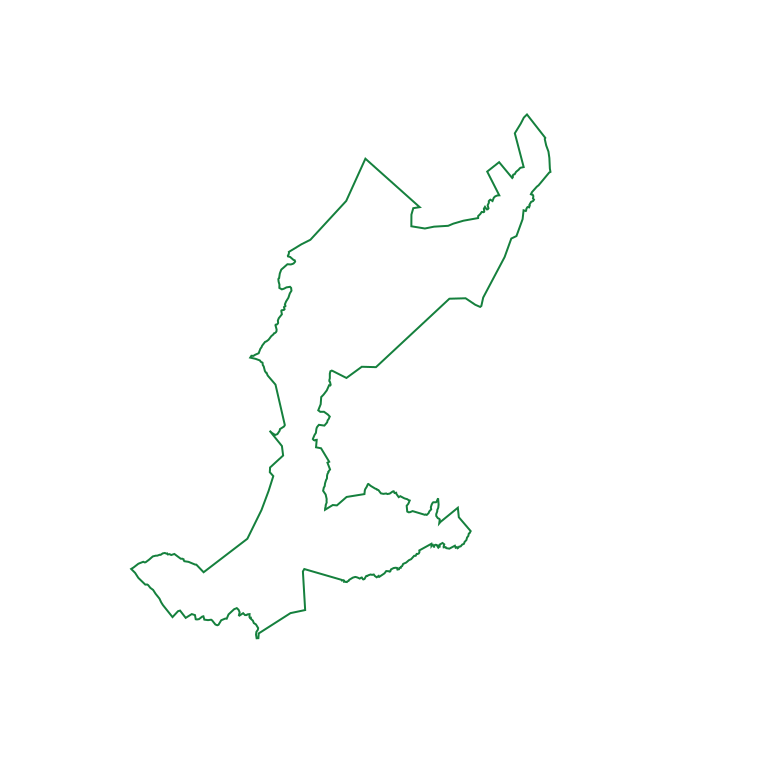 the district of San Juan Bautista Cuicatlán, Oaxaca, Mexico, rotated 208°
{"feature_id": "50627088B27189344444752", "entity_name": "San Juan Bautista Cuicatlán", "entity_type": "district", "adm_level": 2, "iso_a3": "MEX", "parent_name": "Mexico", "parent_adm1": "Oaxaca", "projection": "equal_earth", "projection_center": [-96.99, 17.726], "detail": "fine", "context": "isolated", "style": "outline", "palette": "green", "viewbox_px": 768, "rotation_deg": 208, "n_neighbors": 0, "source": "geoboundaries", "source_scale": "gbopen_adm2", "svg_char_len": 6123}
<svg xmlns="http://www.w3.org/2000/svg" viewBox="0 0 768 768"><g transform="rotate(208 384 384)"><path d="M494.6,94.3L491.2,93.8L487.1,91.5L481.5,89.1L478.2,86.6L475.4,85.0L461.3,78.9L459.2,86.7L457.7,88.2L449.3,84.4L445.7,90.6L442.4,91.2L439.8,87.9L438.6,88.3L437.0,89.5L435.3,93.3L434.4,94.1L432.0,91.6L428.5,92.9L426.0,94.7L424.8,94.6L420.0,92.5L418.0,92.7L417.1,93.7L416.8,99.0L414.0,102.4L412.7,102.9L413.1,107.6L410.6,114.8L408.8,117.0L406.5,116.4L404.3,114.7L403.5,111.7L402.9,111.6L400.8,115.5L398.3,114.7L396.8,115.5L396.5,116.4L394.7,117.7L393.3,115.0L392.7,114.7L391.9,115.2L391.3,114.5L391.5,114.2L388.7,113.5L386.7,111.8L384.2,111.6L380.5,109.4L380.0,107.7L380.3,105.2L379.3,102.6L377.1,99.7L375.6,100.6L377.5,105.0L359.0,137.8L347.5,147.4L367.6,180.4L367.5,183.2L329.8,191.1L328.8,190.7L328.2,191.6L327.0,191.7L326.4,190.7L325.8,191.2L325.3,191.1L323.8,191.7L323.8,192.3L322.8,193.6L322.8,194.7L320.6,198.4L319.2,199.8L318.5,200.3L316.5,200.7L314.1,200.8L313.1,202.5L312.7,202.7L310.9,201.7L310.4,201.8L309.7,202.7L309.6,205.9L309.3,206.4L308.5,206.7L308.2,207.6L306.4,209.5L304.9,209.9L303.6,211.0L302.0,210.2L299.7,209.9L298.7,211.9L298.1,211.3L297.7,211.4L294.7,217.0L294.2,219.9L291.5,221.1L291.1,220.9L290.6,221.3L290.5,221.9L290.8,223.5L289.2,225.9L287.7,227.1L286.2,227.7L285.0,226.5L283.8,227.5L284.1,228.9L282.9,229.6L283.2,230.6L282.5,231.7L282.6,234.2L280.6,236.7L279.3,240.1L277.8,242.1L276.7,246.5L275.4,247.2L275.4,249.3L274.5,249.7L273.7,250.8L273.8,252.3L274.7,253.6L267.2,265.1L266.1,263.3L266.0,264.6L265.6,265.0L263.7,263.7L263.3,263.9L263.8,265.2L263.1,266.2L262.0,266.6L259.2,265.0L259.1,265.3L260.1,265.8L260.1,266.8L258.7,266.9L259.4,268.4L257.7,271.1L255.5,270.7L255.1,268.5L254.6,267.8L253.0,268.9L252.0,268.3L249.0,269.3L245.5,274.5L243.9,273.1L243.1,274.2L242.0,273.5L241.6,274.1L241.3,275.7L240.1,276.6L239.6,278.9L238.4,280.4L238.7,282.4L238.0,284.9L238.6,287.5L238.2,289.3L238.9,291.8L238.4,292.5L238.4,294.8L255.4,301.5L260.7,309.4L269.4,288.7L269.8,286.9L271.2,290.6L271.9,290.9L273.5,290.8L275.9,292.0L276.8,293.6L277.2,296.6L277.8,297.7L278.0,300.2L279.2,303.2L282.6,308.5L282.3,304.7L282.6,304.0L285.0,302.7L285.3,301.5L285.3,300.0L284.8,297.2L283.5,295.5L284.2,292.7L284.0,290.9L284.8,288.5L286.1,288.3L286.5,287.7L299.1,285.2L300.8,283.1L302.0,282.3L303.6,282.3L306.8,287.1L306.3,289.7L306.6,293.2L307.8,293.0L309.4,293.2L312.2,292.6L316.9,292.6L317.9,291.0L321.5,292.8L322.2,293.7L323.5,292.7L325.1,293.8L325.9,293.1L327.5,289.9L329.4,288.4L330.6,288.4L333.0,286.7L335.4,286.0L339.1,287.7L340.6,287.4L341.2,287.8L342.4,287.5L347.9,287.8L350.8,288.4L351.2,288.0L351.0,285.0L351.2,282.4L351.0,281.1L349.6,277.6L364.0,266.7L368.6,254.7L372.4,253.1L377.0,245.3L377.6,246.6L378.2,249.1L378.6,249.5L379.0,252.5L379.9,253.9L380.6,255.5L383.6,259.0L387.6,261.1L388.5,264.2L388.4,265.9L389.4,268.5L390.1,272.2L390.0,273.2L390.1,274.0L391.2,276.2L391.7,278.1L391.6,280.0L392.0,280.3L391.5,283.2L397.0,288.0L395.9,289.6L409.4,297.7L414.3,296.2L417.2,303.1L418.1,302.5L418.6,301.7L419.7,301.5L421.0,302.0L421.4,306.4L421.2,308.9L422.6,312.6L422.9,314.2L422.7,315.6L422.3,317.4L417.1,319.3L416.2,323.4L416.7,325.4L416.4,327.0L416.6,329.8L419.3,330.7L424.0,331.3L427.2,329.5L429.7,329.9L430.4,336.4L433.3,343.0L432.4,346.1L431.5,351.5L431.9,357.1L430.8,357.4L430.7,358.2L432.6,360.4L433.5,360.8L434.1,361.8L434.5,363.6L436.7,367.7L437.3,370.1L436.4,371.3L435.7,371.4L420.0,371.7L411.7,388.8L399.0,395.1L366.3,490.0L352.2,498.0L340.6,496.8L335.3,497.2L334.7,498.6L337.0,506.9L337.1,552.7L339.9,572.2L336.5,576.8L339.0,594.6L342.3,602.9L340.0,603.3L339.9,603.7L340.5,605.5L340.5,607.1L340.2,607.8L338.8,608.1L339.1,610.0L339.7,610.2L339.7,612.3L339.6,613.9L338.3,615.5L338.1,617.2L339.6,617.8L340.1,619.5L340.8,620.5L341.7,620.9L342.6,620.5L343.4,620.5L343.4,623.1L341.7,630.0L340.8,632.0L337.4,648.3L336.6,649.4L338.7,652.1L344.1,661.2L347.9,666.4L352.8,670.8L357.1,675.8L357.1,677.0L384.3,689.1L385.6,684.9L385.5,678.1L386.2,666.8L362.5,641.1L365.0,639.0L365.5,637.7L365.6,636.7L367.0,633.3L367.1,630.5L368.0,629.8L368.2,628.8L367.3,627.0L367.5,626.1L386.5,633.9L392.6,620.0L370.8,604.7L372.5,603.6L373.9,601.9L374.5,600.1L374.1,596.5L376.6,596.7L377.0,596.0L377.3,594.6L376.5,593.3L376.4,590.5L374.2,588.1L374.5,586.9L375.4,586.4L378.0,587.8L378.1,585.6L376.5,583.5L376.4,583.0L376.8,582.4L378.5,581.8L378.8,579.2L379.7,576.5L378.8,574.7L390.5,565.5L398.1,558.1L401.6,553.8L413.7,546.4L420.9,540.5L433.9,536.1L439.3,546.4L440.7,553.0L435.5,556.9L506.2,574.2L503.3,527.9L516.7,476.8L522.5,468.6L530.0,456.0L529.7,455.7L529.1,453.9L529.1,452.1L528.7,451.6L526.5,452.1L522.2,451.1L520.9,451.3L519.9,450.3L520.4,448.0L521.1,447.1L522.4,445.8L525.5,444.4L528.4,436.8L527.9,432.7L526.3,428.2L526.6,427.6L526.4,426.8L525.1,424.9L523.0,422.7L521.5,419.7L518.6,419.6L516.9,421.4L515.5,423.5L512.6,425.7L511.1,425.2L509.5,422.9L509.7,419.8L508.9,415.3L509.2,410.9L508.9,407.8L508.0,407.1L507.6,406.3L508.3,405.6L508.4,404.9L506.9,403.3L507.2,402.4L509.0,401.0L509.0,400.3L506.9,397.6L507.8,392.7L507.5,390.2L506.2,388.3L506.1,387.6L506.5,386.3L507.5,385.5L507.4,384.9L504.4,381.7L503.7,380.1L503.7,379.1L504.1,378.0L505.0,376.9L504.9,376.0L506.0,373.3L506.7,368.9L507.8,366.5L508.8,365.3L509.6,360.6L509.4,359.0L509.7,357.1L509.1,352.3L511.5,349.3L512.5,347.5L514.3,346.7L514.5,344.5L509.3,345.9L505.0,346.5L504.5,346.5L503.3,345.8L501.3,345.8L499.8,343.7L498.5,343.1L495.3,339.6L493.6,338.6L493.0,338.8L490.7,336.9L479.5,332.5L452.3,301.2L452.3,299.6L454.7,295.3L454.2,293.8L454.6,289.7L456.2,287.9L460.0,288.2L463.0,289.0L445.0,281.3L439.5,273.5L445.4,256.8L443.4,252.5L438.5,250.7L435.7,235.5L433.0,215.2L432.0,183.2L454.9,133.1L464.9,136.4L465.9,135.9L473.1,135.2L477.1,133.8L478.3,134.5L478.6,135.1L479.9,135.1L481.5,134.3L489.3,135.5L491.6,133.1L493.4,133.1L494.9,132.0L495.9,132.6L496.4,132.1L498.2,131.9L499.9,130.5L501.0,128.3L501.7,128.1L503.7,125.9L504.9,125.3L507.2,123.2L509.0,118.5L510.8,114.7L511.6,114.1L513.1,114.0L516.5,110.0L519.0,104.4L520.4,102.0L515.1,100.4L509.9,97.5L500.6,94.8L498.9,95.8L497.8,95.7L494.6,94.3Z" fill="none" stroke="#15803d" stroke-width="2"/></g></svg>